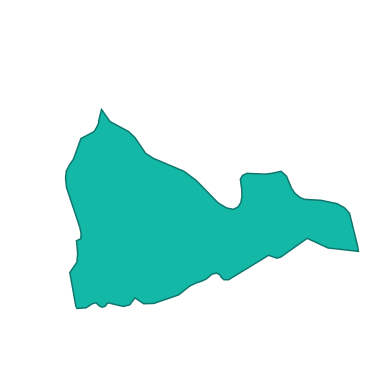 an SVG outline of Balqa, rotated 253°
{"feature_id": "JOR-857", "entity_name": "Balqa", "entity_type": "Province", "adm_level": 1, "iso_a3": "JOR", "parent_name": "Jordan", "parent_adm1": "", "projection": "orthographic", "projection_center": [35.66, 31.936], "detail": "fine", "context": "isolated", "style": "filled", "palette": "teal", "viewbox_px": 384, "rotation_deg": 253, "n_neighbors": 0, "source": "natural_earth", "source_scale": "10m", "svg_char_len": 1099}
<svg xmlns="http://www.w3.org/2000/svg" viewBox="0 0 384 384"><g transform="rotate(253 192 192)"><path d="M86.6,333.8L98.7,305.7L114.0,288.6L103.9,258.0L103.9,253.8L109.1,246.7L97.4,201.4L98.8,196.8L101.8,195.1L105.1,194.2L107.3,191.6L107.6,187.1L104.8,180.8L104.0,176.1L103.7,168.4L102.7,162.3L97.5,149.0L96.6,122.9L99.3,113.1L107.4,106.5L102.3,99.5L102.6,92.9L110.7,79.1L108.1,75.5L108.1,72.4L110.3,69.9L114.2,67.8L114.2,63.6L112.2,56.9L114.3,47.9L117.4,47.6L150.7,51.6L158.5,61.4L166.6,64.7L179.2,67.3L179.8,72.0L184.7,73.8L191.1,74.4L232.8,73.3L242.2,75.1L248.9,78.0L254.4,83.5L258.0,88.2L275.6,101.4L278.4,116.0L280.9,118.9L284.8,122.6L288.1,124.0L297.4,129.6L283.3,134.2L268.4,149.0L260.8,153.3L242.6,158.9L235.5,164.9L213.9,190.6L201.8,199.4L173.9,213.8L166.7,220.3L163.3,226.5L164.3,231.7L167.7,235.7L172.8,238.3L179.2,240.2L190.2,242.0L193.0,245.1L193.8,249.9L187.7,267.2L186.6,273.2L185.7,283.3L179.5,287.0L166.7,288.2L160.7,290.0L154.9,293.9L152.0,297.7L146.3,313.0L138.4,327.4L132.3,333.2L125.6,336.4L92.5,334.6L86.6,333.8Z" fill="#14b8a6" stroke="#0f766e" stroke-width="1.5"/></g></svg>